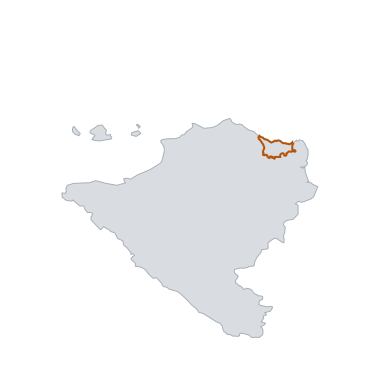 location of Málaga within Spain, rotated 212°
{"feature_id": "ESP-5834", "entity_name": "Málaga", "entity_type": "Autonomous Community", "adm_level": 1, "iso_a3": "ESP", "parent_name": "Spain", "parent_adm1": "", "projection": "albers", "projection_center": [-4.853, 36.787], "detail": "fine", "context": "in_parent", "style": "outline", "palette": "amber", "viewbox_px": 384, "rotation_deg": 212, "n_neighbors": 0, "source": "natural_earth", "source_scale": "10m", "svg_char_len": 5183}
<svg xmlns="http://www.w3.org/2000/svg" viewBox="0 0 384 384"><g transform="rotate(212 192 192)"><path d="M200.8,99.0L200.9,99.9L202.5,101.6L207.2,102.4L208.4,103.1L208.3,105.5L207.2,107.6L208.2,108.4L209.4,108.4L210.7,106.7L211.0,107.7L213.2,108.7L217.9,110.4L221.3,110.5L224.9,114.0L230.4,113.1L235.6,116.4L240.3,115.4L241.4,116.0L248.7,115.7L248.9,112.8L249.8,111.5L262.7,114.8L264.4,117.2L264.2,118.4L265.1,121.3L266.7,121.1L270.0,119.2L274.4,120.9L275.7,122.6L276.6,122.7L279.8,120.7L288.8,122.1L289.0,120.7L289.6,120.3L293.2,118.7L294.7,118.3L299.5,118.9L300.2,120.5L301.2,121.0L301.7,122.4L299.0,123.5L298.9,126.0L300.8,128.0L301.3,131.6L296.9,136.6L283.8,145.6L279.6,150.6L269.6,153.7L259.2,157.9L253.2,164.6L254.8,165.0L256.9,167.0L256.3,168.0L253.6,169.6L251.1,170.2L246.9,178.2L240.9,186.6L238.6,190.3L234.0,199.9L234.1,202.7L237.1,211.9L238.6,214.3L240.8,216.2L244.8,217.8L245.8,219.4L244.5,221.2L240.8,224.3L234.2,228.6L231.5,231.8L231.0,234.8L229.1,236.3L228.5,240.5L226.0,246.5L225.9,248.1L228.1,250.1L226.1,251.5L215.5,252.4L209.1,257.3L206.0,261.4L203.2,269.1L199.7,273.7L198.1,274.5L195.6,272.6L192.5,272.4L189.5,273.1L187.9,274.7L185.5,275.7L183.0,275.0L177.8,274.7L175.5,274.8L171.9,276.1L168.7,275.3L163.5,274.9L152.1,276.0L150.6,276.5L145.6,281.6L140.0,281.7L135.0,283.8L131.6,288.7L130.9,291.4L130.0,290.8L129.2,291.0L128.8,293.0L125.3,294.2L121.4,292.6L118.2,290.1L116.5,289.9L113.8,286.0L112.6,283.5L111.8,280.9L111.8,279.0L109.4,277.9L108.8,275.5L110.6,272.4L113.0,270.7L110.8,270.8L109.2,272.8L107.2,269.5L99.1,263.0L99.6,260.8L98.1,262.5L97.2,262.9L93.0,262.5L88.1,263.2L86.3,252.4L87.7,248.7L93.3,241.5L96.7,240.5L98.1,236.8L95.0,236.9L90.3,229.5L91.7,222.7L96.7,217.8L97.6,215.7L97.8,213.9L96.9,212.5L94.3,211.7L91.7,206.3L91.1,202.9L89.0,201.0L87.2,197.6L88.9,197.2L95.7,197.3L97.4,196.5L98.7,194.3L100.1,190.7L100.4,188.5L97.8,185.2L97.7,184.6L98.1,183.5L102.3,180.0L101.5,177.4L102.3,171.8L102.1,168.6L101.7,165.9L100.3,162.5L101.3,161.1L103.4,159.9L105.2,157.1L107.7,154.8L111.0,153.0L114.8,149.0L114.2,147.1L113.0,146.0L108.3,145.2L108.0,144.3L108.1,139.9L107.0,138.0L105.3,138.2L102.8,137.4L102.1,137.9L98.9,137.7L96.6,136.8L95.6,137.5L95.3,139.0L91.4,140.5L89.3,140.4L85.7,138.9L81.7,139.3L81.3,138.9L77.8,140.6L76.6,140.7L75.3,138.4L77.3,135.3L75.7,132.2L74.7,132.0L68.2,134.0L64.4,136.8L62.9,137.1L62.4,136.6L62.4,132.4L66.5,128.1L64.0,127.7L64.2,126.5L65.9,124.5L64.3,122.9L64.5,118.4L61.0,119.7L60.1,119.5L60.2,117.7L62.4,114.2L60.2,113.7L58.6,112.3L56.7,109.3L56.7,107.7L58.0,104.1L61.0,102.6L64.1,100.2L68.1,100.8L74.1,99.0L76.2,97.9L76.2,96.4L75.6,95.3L76.2,94.2L81.2,91.4L84.1,91.2L87.1,89.8L89.1,90.8L90.8,90.5L92.8,91.7L95.4,94.4L99.2,95.6L102.3,94.8L118.1,94.9L122.6,93.6L126.1,95.3L132.9,96.1L136.9,97.4L148.1,99.7L152.2,99.7L160.4,97.4L162.6,98.0L165.8,96.8L167.4,97.0L169.5,98.6L176.7,100.5L178.6,98.7L179.9,98.3L185.1,99.3L190.4,101.4L193.1,101.4L197.1,100.7L200.8,99.0ZM304.0,188.2L306.0,188.9L308.0,188.0L309.1,188.1L310.2,188.5L310.6,190.1L306.9,198.7L303.6,201.2L299.9,199.7L297.9,199.4L297.2,198.8L296.5,196.2L295.5,195.5L294.1,195.2L291.6,197.5L290.6,196.2L289.3,196.0L288.7,195.2L288.7,194.1L296.6,187.1L298.9,185.5L303.9,183.5L304.7,183.6L304.1,184.7L304.9,185.5L304.0,188.2ZM327.3,182.8L326.8,185.1L320.3,182.7L318.2,182.5L317.7,182.1L317.7,179.8L321.8,179.1L325.3,179.9L327.3,182.8ZM271.1,213.7L270.5,215.4L267.3,215.0L266.6,214.4L267.1,212.5L268.0,212.3L268.0,211.0L268.8,209.6L273.2,208.2L274.2,209.1L274.5,210.3L272.1,213.3L271.1,213.7ZM274.6,220.0L274.1,220.4L270.7,220.3L270.6,219.2L271.2,217.7L272.5,219.1L274.5,219.2L274.6,220.0Z" fill="#d9dde1" stroke="#a8b0b8" stroke-width="1"/><path d="M164.5,275.4L164.0,275.3L163.2,275.0L162.2,275.3L160.6,275.7L158.6,275.2L158.1,275.3L157.5,275.8L155.7,276.1L155.1,276.1L151.3,275.9L150.9,276.0L150.7,276.2L150.1,277.3L149.9,277.5L149.7,277.8L149.4,278.2L149.4,278.6L148.7,279.7L147.4,279.8L146.8,281.0L146.1,281.5L145.9,281.6L145.4,281.8L144.5,282.0L143.7,282.0L141.2,281.6L140.7,281.6L140.3,281.9L138.8,282.9L137.3,283.1L136.3,283.7L136.1,283.8L135.3,283.8L135.0,284.0L134.7,284.1L134.4,284.5L133.8,285.5L133.8,285.8L133.4,286.7L133.3,287.1L132.7,286.1L131.8,286.4L131.5,284.5L131.1,283.5L130.3,282.7L129.8,281.6L129.6,281.3L129.3,281.1L128.5,281.2L127.8,281.4L127.0,281.9L126.5,281.9L126.2,281.8L125.9,281.5L125.8,281.2L125.9,280.9L126.1,280.7L127.9,280.2L128.4,279.8L128.6,279.6L129.0,278.8L129.2,278.6L130.5,278.2L131.1,277.8L131.5,277.4L131.9,275.7L132.3,275.2L132.4,274.6L131.6,273.7L131.5,273.2L131.6,272.8L132.2,272.1L132.5,272.0L133.1,271.9L134.6,273.1L135.3,273.1L135.9,272.7L136.4,272.1L136.8,271.4L136.9,270.6L136.6,269.8L135.7,268.5L140.4,265.6L140.7,265.1L139.8,264.5L139.6,264.2L139.8,263.9L140.1,263.9L140.3,263.9L141.2,264.2L141.4,264.2L141.6,264.0L141.8,263.6L142.1,263.5L143.0,264.4L143.4,264.3L144.2,263.8L144.5,263.4L144.6,262.9L144.2,262.1L144.6,261.7L146.0,261.8L146.8,261.9L147.2,262.7L148.4,263.0L149.6,262.3L150.3,261.3L151.6,261.3L151.9,262.9L152.8,263.2L153.0,263.6L153.7,265.4L153.8,267.1L154.0,267.6L154.2,267.9L156.6,269.9L162.4,272.4L163.4,272.3L164.7,273.7L164.4,274.7L164.5,275.4Z" fill="none" stroke="#b45309" stroke-width="2"/></g></svg>